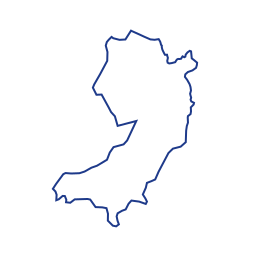 the district of Alindao, Basse-Kotto, Central African Republic, rotated 207°
{"feature_id": "33826404B62938730808524", "entity_name": "Alindao", "entity_type": "district", "adm_level": 2, "iso_a3": "CAF", "parent_name": "Central African Republic", "parent_adm1": "Basse-Kotto", "projection": "mercator", "projection_center": [21.194, 5.183], "detail": "fine", "context": "isolated", "style": "outline", "palette": "blue", "viewbox_px": 256, "rotation_deg": 207, "n_neighbors": 0, "source": "geoboundaries", "source_scale": "gbopen_adm2", "svg_char_len": 1764}
<svg xmlns="http://www.w3.org/2000/svg" viewBox="0 0 256 256"><g transform="rotate(207 128 128)"><path d="M184.0,201.7L185.2,198.0L185.9,195.0L185.2,191.3L180.8,186.4L177.0,178.4L177.3,163.2L177.9,151.5L177.6,148.0L171.2,143.3L166.7,145.8L154.2,137.3L150.3,134.5L145.0,132.5L138.2,125.2L123.8,138.0L123.1,116.5L124.5,111.4L132.2,104.4L133.1,97.9L132.3,90.2L138.5,80.3L142.5,76.1L146.9,69.5L150.7,65.7L157.9,61.7L163.2,59.5L164.7,57.5L166.7,45.4L167.3,39.7L163.8,38.5L161.3,36.1L159.1,31.1L157.3,33.1L155.4,37.8L153.4,38.7L150.4,36.1L149.5,33.7L145.5,35.2L143.1,40.2L131.8,46.4L129.2,47.1L121.0,42.8L114.9,45.6L110.8,46.8L106.9,42.5L103.9,36.3L97.2,34.1L93.9,35.0L92.4,38.0L95.2,40.6L98.0,44.1L98.5,47.3L95.7,51.6L93.1,54.4L93.1,60.8L92.0,64.9L84.6,67.5L77.7,68.4L77.7,71.0L80.5,73.1L84.6,75.5L85.0,82.9L86.2,87.7L82.9,91.4L80.4,94.5L80.9,103.0L80.6,124.1L78.6,130.0L72.6,135.3L70.1,141.6L75.0,152.1L76.5,156.5L77.0,160.0L79.5,164.4L80.0,165.8L78.6,168.8L79.4,171.4L81.4,174.9L80.2,178.7L80.6,180.4L83.7,180.4L85.1,181.7L85.5,183.7L87.0,185.3L88.2,186.7L88.9,190.0L90.9,192.9L93.0,195.0L97.2,197.8L100.5,199.4L101.3,201.8L100.1,205.0L96.7,208.6L94.7,212.5L95.2,215.3L96.1,217.6L100.1,218.5L102.8,219.0L106.6,224.9L108.0,224.8L109.3,222.4L109.9,219.6L109.3,217.6L110.0,216.6L111.3,216.6L111.9,216.6L112.1,215.4L112.1,213.9L113.3,212.9L114.7,212.3L115.4,211.4L115.7,210.1L115.8,208.1L118.5,205.7L120.6,204.2L122.3,204.2L123.5,205.6L124.3,208.6L125.7,210.0L126.5,211.0L128.3,210.0L129.5,210.8L132.3,212.9L133.3,213.8L134.7,215.5L135.3,216.8L136.3,217.1L137.5,218.5L138.6,219.6L141.0,221.1L144.3,218.7L148.3,217.1L155.1,216.7L160.7,216.5L168.5,216.1L169.5,216.1L170.5,205.7L175.6,202.7L181.9,201.3L184.0,201.7Z" fill="none" stroke="#1e3a8a" stroke-width="2"/></g></svg>